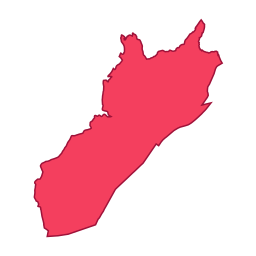 Poiana Campina, Prahova, Romania, rotated 83°
{"feature_id": "2599482B35117184166461", "entity_name": "Poiana Campina", "entity_type": "district", "adm_level": 2, "iso_a3": "ROU", "parent_name": "Romania", "parent_adm1": "Prahova", "projection": "robinson", "projection_center": [25.703, 45.113], "detail": "fine", "context": "isolated", "style": "filled", "palette": "rose", "viewbox_px": 256, "rotation_deg": 83, "n_neighbors": 0, "source": "geoboundaries", "source_scale": "gbopen_adm2", "svg_char_len": 5633}
<svg xmlns="http://www.w3.org/2000/svg" viewBox="0 0 256 256"><g transform="rotate(83 128 128)"><path d="M220.1,172.0L215.0,168.9L213.6,167.3L209.8,164.5L207.6,162.6L205.5,161.3L203.4,159.7L187.3,148.0L186.0,146.3L178.4,135.9L173.4,129.2L171.8,126.9L166.4,119.7L164.8,117.4L147.3,102.0L149.3,99.7L145.9,96.8L144.1,94.9L142.5,92.6L141.5,90.9L136.1,82.7L134.3,78.7L133.5,76.2L132.8,71.4L132.2,68.0L131.7,66.7L130.6,64.4L128.1,60.4L125.5,56.7L123.0,53.3L121.4,51.4L120.0,49.6L118.5,47.9L113.2,42.6L114.2,51.8L107.3,45.6L105.4,44.4L103.2,44.4L101.4,44.8L98.7,44.3L96.8,43.8L94.4,41.8L84.6,36.0L79.8,33.9L77.9,32.5L77.2,31.4L75.1,26.6L72.6,27.7L67.9,29.0L67.7,28.9L66.3,29.2L66.3,29.3L66.7,29.8L66.4,29.9L65.3,29.7L65.1,29.7L64.9,29.9L64.5,29.8L64.1,29.9L63.6,29.8L63.3,30.2L63.1,30.4L62.7,30.7L62.8,30.9L62.5,31.8L62.5,32.5L62.8,32.9L62.8,33.2L62.7,34.4L62.4,35.1L62.5,35.9L62.6,36.5L63.2,37.4L63.4,38.8L62.7,39.6L62.6,40.5L61.1,43.6L60.5,44.2L59.8,44.8L60.0,45.2L60.2,45.5L59.6,45.8L59.3,46.0L59.2,46.5L59.0,46.8L57.8,46.9L57.1,47.5L56.2,47.4L54.7,47.6L54.0,47.1L53.3,47.1L52.5,47.3L52.0,46.9L51.7,47.0L51.5,47.3L51.3,47.4L50.7,47.5L50.0,47.2L49.2,46.6L48.7,46.4L48.3,46.4L48.0,46.1L47.1,46.1L47.2,45.7L46.3,44.6L45.7,43.8L43.9,43.2L43.5,42.9L43.1,42.8L42.8,42.9L42.5,42.0L42.3,41.8L38.8,40.3L36.9,39.7L36.1,39.7L35.2,39.5L34.5,39.4L34.1,39.6L33.1,40.5L32.6,40.7L31.0,41.4L29.6,42.2L31.4,44.1L32.1,44.5L32.2,44.8L32.9,45.2L33.0,45.4L33.3,45.7L35.2,47.4L35.3,47.4L35.6,47.9L36.2,48.4L36.8,48.8L36.8,48.6L37.0,48.6L38.0,48.9L38.6,49.2L39.3,49.7L40.7,51.3L40.8,51.7L40.6,52.0L41.8,53.5L42.3,55.1L44.3,56.8L45.8,58.2L46.5,58.9L47.5,60.2L48.2,60.7L49.6,61.3L50.9,61.7L51.7,62.2L51.8,62.5L51.7,63.8L51.8,64.5L52.3,65.7L52.9,66.5L53.7,67.0L54.4,67.6L54.5,68.0L54.3,68.7L54.3,68.9L54.8,69.9L55.0,70.2L55.8,70.8L56.9,71.2L57.0,71.3L57.3,73.3L57.3,73.7L57.3,74.1L57.0,74.8L56.0,76.6L55.9,77.0L56.1,77.5L56.7,78.0L57.0,78.5L57.0,78.8L56.8,80.3L56.8,81.8L55.3,83.9L55.2,84.4L55.7,88.3L55.9,88.6L56.5,89.3L57.0,89.6L58.1,90.0L58.5,90.4L60.1,92.4L60.2,92.7L60.1,93.0L60.1,93.4L60.6,94.2L60.9,94.7L61.2,95.8L61.3,96.7L61.9,97.8L62.0,98.5L61.9,99.5L61.9,101.2L61.5,101.3L59.4,102.2L58.1,103.0L57.5,103.6L56.9,103.8L53.8,103.9L52.6,104.2L51.6,104.3L50.3,104.2L48.5,103.8L47.2,104.0L45.1,104.6L44.0,104.8L42.4,105.4L42.1,105.6L41.8,106.0L41.5,107.0L41.4,107.3L41.1,107.5L41.0,108.0L40.9,108.1L39.9,108.4L38.1,108.3L37.2,108.9L36.5,109.1L36.2,109.4L36.0,110.0L35.8,110.3L34.4,111.5L34.4,111.8L34.6,112.0L36.0,112.1L37.2,112.5L36.2,114.2L36.0,115.0L36.0,115.5L36.7,117.0L36.8,116.9L37.1,117.1L37.3,117.7L37.6,118.2L39.0,119.0L39.9,119.7L40.2,120.2L40.0,120.6L40.0,120.9L39.8,120.9L39.4,120.7L39.2,120.9L39.0,121.0L38.7,120.3L38.0,120.0L37.7,120.0L36.8,120.6L35.9,121.5L35.3,122.2L34.9,123.0L35.2,123.3L36.2,123.4L36.9,123.8L37.8,124.2L38.1,124.2L39.0,124.1L41.5,124.0L44.7,122.3L46.6,121.8L48.5,121.8L49.5,121.9L51.7,122.2L52.3,122.4L52.7,122.9L53.5,123.1L53.8,123.4L54.1,124.0L54.1,124.4L54.1,124.7L53.6,125.2L52.8,126.0L53.2,126.4L54.9,127.3L56.0,128.0L57.0,127.0L57.3,126.7L59.1,125.8L59.9,125.3L61.1,126.2L62.4,127.6L63.4,128.6L63.5,128.7L63.7,129.6L63.9,129.9L64.2,130.7L65.0,131.8L66.1,132.5L67.2,132.9L67.9,133.4L68.2,133.7L68.3,133.9L68.3,134.2L67.1,135.3L69.5,136.8L70.5,137.6L72.1,139.2L73.5,141.0L74.0,141.5L74.3,141.6L74.6,141.5L74.6,139.5L74.9,138.2L75.1,137.9L75.4,138.0L75.6,138.3L76.1,139.1L77.4,140.2L77.6,140.7L78.2,141.5L79.0,141.8L79.6,141.9L79.6,142.3L79.5,142.6L79.1,143.0L78.1,143.5L77.9,143.8L77.8,144.2L77.8,146.5L78.9,146.9L80.9,147.2L83.9,147.0L84.9,147.2L87.9,147.7L89.0,148.2L91.5,148.8L93.0,149.3L95.1,149.7L96.8,150.1L98.2,150.2L101.5,150.4L102.0,150.1L102.9,150.0L104.9,150.8L105.7,151.1L106.4,151.2L106.9,151.1L107.2,150.9L108.0,149.4L108.7,147.4L109.1,146.7L109.4,146.3L110.1,146.1L111.7,146.0L112.5,145.7L113.4,145.1L114.6,143.4L114.7,143.7L114.7,144.4L114.5,146.4L114.4,146.9L113.8,147.5L111.9,149.1L111.7,149.3L111.5,149.8L111.5,150.2L111.7,150.6L112.0,151.1L113.0,152.1L113.2,152.5L113.3,152.8L113.2,153.3L112.1,154.4L111.7,155.0L111.8,155.4L112.4,156.3L112.6,156.8L112.6,157.1L111.7,158.5L111.6,159.0L111.7,159.5L112.0,159.7L112.4,159.9L113.9,160.0L114.1,160.2L114.9,161.2L116.6,162.6L117.2,163.7L117.5,164.4L117.9,164.8L120.2,165.3L120.9,165.4L121.2,165.3L123.1,164.5L123.6,164.5L123.8,164.6L124.2,165.4L124.5,166.7L124.6,167.6L124.8,168.2L124.8,169.0L124.9,170.4L125.1,171.2L125.3,171.6L125.8,172.2L127.6,173.4L127.8,174.1L128.2,177.3L128.5,178.7L128.7,179.9L129.1,181.4L129.1,182.7L128.8,184.1L128.8,184.6L128.9,184.9L129.3,185.3L129.6,185.5L131.4,186.5L132.6,187.3L134.5,189.1L135.3,189.7L138.4,191.5L139.9,193.1L141.7,194.3L143.1,195.7L144.7,196.7L145.3,197.3L146.4,198.6L148.0,200.3L148.6,201.5L149.5,205.0L149.9,207.3L150.1,208.3L150.6,209.2L151.1,211.0L151.2,211.4L151.2,213.8L151.4,214.1L151.9,215.3L152.6,217.6L153.4,218.5L153.9,218.9L154.9,219.5L155.2,219.5L156.6,219.2L157.8,218.8L158.8,218.6L160.1,218.2L160.8,217.9L161.1,217.9L161.7,218.0L165.5,219.7L167.8,221.4L168.0,221.7L167.8,223.4L167.8,224.0L169.3,226.2L169.6,226.5L170.3,227.1L170.7,227.2L171.4,227.2L171.8,227.0L172.0,226.8L172.5,226.5L173.3,226.6L174.5,227.0L175.7,227.2L177.2,227.7L178.6,228.1L180.4,228.2L181.5,228.4L185.2,229.4L186.0,229.2L188.5,228.2L189.3,228.0L189.7,227.2L190.4,226.5L190.7,226.3L191.4,226.3L192.5,225.9L193.2,226.2L194.4,226.8L194.8,226.9L195.1,226.3L195.3,225.4L195.9,224.6L196.2,224.5L197.1,224.4L197.6,224.6L199.1,224.3L205.1,224.1L210.6,223.4L213.1,223.2L213.6,223.4L217.0,223.2L218.7,221.2L220.3,219.6L225.8,221.4L226.4,210.6L226.1,200.3L220.1,172.0Z" fill="#f43f5e" stroke="#9f1239" stroke-width="1.5"/></g></svg>